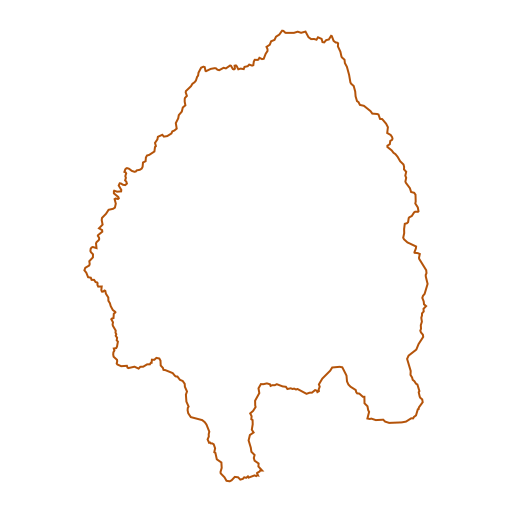 outline of Gonzanama, Loja, Ecuador
{"feature_id": "8360857B83721057206969", "entity_name": "Gonzanama", "entity_type": "district", "adm_level": 2, "iso_a3": "ECU", "parent_name": "Ecuador", "parent_adm1": "Loja", "projection": "robinson", "projection_center": [-79.462, -4.166], "detail": "fine", "context": "isolated", "style": "outline", "palette": "amber", "viewbox_px": 512, "rotation_deg": 0, "n_neighbors": 0, "source": "geoboundaries", "source_scale": "gbopen_adm2", "svg_char_len": 6003}
<svg xmlns="http://www.w3.org/2000/svg" viewBox="0 0 512 512"><path d="M262.1,470.5L258.4,466.5L258.6,463.5L254.6,460.7L253.8,458.0L254.6,455.0L251.4,451.8L250.8,447.7L248.6,440.4L249.9,435.0L253.6,432.5L251.8,429.7L252.7,424.3L252.6,420.1L251.3,419.2L251.6,416.2L250.2,413.4L253.1,410.9L255.6,407.0L255.2,405.4L255.1,400.7L259.3,393.1L258.5,388.3L260.9,384.1L263.3,384.2L266.9,383.4L270.0,384.3L270.6,385.9L272.2,385.2L274.8,385.2L276.8,384.2L282.6,386.4L285.9,386.8L287.4,389.0L290.7,388.3L292.6,389.0L294.1,388.6L296.0,389.5L297.5,389.0L306.5,393.8L309.6,392.7L311.9,392.7L315.1,390.1L316.8,390.7L317.4,392.1L318.9,391.2L318.7,389.4L319.7,386.7L318.9,384.4L322.3,378.6L330.2,370.7L332.2,367.5L339.7,366.8L342.3,367.3L345.8,374.2L346.5,375.7L347.0,381.4L348.4,384.5L350.5,386.7L355.7,390.0L356.3,392.3L357.2,393.4L359.3,393.6L362.9,396.8L364.4,396.8L364.5,403.3L367.5,406.3L368.2,410.2L369.1,411.9L367.4,418.5L369.8,419.0L371.3,418.6L375.8,420.1L383.2,419.7L385.1,421.6L389.2,422.9L401.7,422.4L406.0,421.6L411.2,418.3L413.1,418.4L413.9,417.0L416.0,415.4L417.8,409.3L418.6,409.1L418.9,407.4L422.7,402.2L422.2,399.4L420.2,397.7L419.7,396.6L418.7,392.2L419.4,391.1L417.4,384.5L416.0,383.7L414.4,381.2L412.7,379.8L412.1,377.5L410.5,374.9L410.7,371.0L407.1,358.9L408.6,355.6L416.3,349.6L418.6,344.0L423.2,336.9L422.9,334.7L421.0,332.5L420.3,330.7L421.0,328.8L420.8,325.2L421.9,321.7L421.3,317.8L422.0,315.4L422.0,313.4L423.7,311.5L423.5,308.8L426.1,306.1L424.0,304.3L423.7,301.4L422.3,297.9L423.0,295.8L424.6,293.9L427.6,283.9L425.8,276.6L425.7,275.0L426.5,273.1L426.2,270.2L419.2,258.9L419.0,257.8L419.8,254.0L417.7,253.1L414.6,252.8L414.4,252.3L415.9,248.4L416.1,246.5L407.4,242.4L404.0,239.3L403.2,237.7L404.2,233.1L404.1,229.0L404.8,223.8L407.0,223.2L408.1,222.1L408.7,218.1L409.3,217.3L411.8,216.0L414.1,212.4L415.2,211.7L418.0,211.8L418.5,211.3L417.8,207.4L415.3,203.5L415.7,201.5L415.5,194.7L414.2,192.8L411.1,192.0L409.9,188.2L405.8,182.7L405.4,181.5L406.2,177.8L405.3,175.7L406.2,171.8L404.0,169.4L404.1,166.9L403.5,164.5L400.2,161.3L397.6,156.8L395.4,154.1L393.5,152.8L391.7,150.4L387.4,147.0L387.4,145.7L389.8,144.2L390.3,140.9L392.1,139.8L392.5,138.7L392.1,137.1L390.7,135.0L387.2,133.0L387.9,127.2L386.1,123.7L382.2,119.1L380.0,118.9L378.5,114.5L377.2,114.0L372.3,113.6L370.5,111.1L363.9,105.8L359.9,104.9L358.5,102.1L357.0,101.1L355.6,96.4L355.2,91.5L353.7,86.0L351.1,83.7L350.4,82.4L349.1,74.9L346.9,66.8L344.9,63.1L344.5,59.7L341.8,57.3L341.4,56.3L340.4,51.7L337.9,46.4L338.1,43.3L336.8,42.5L335.7,42.5L333.6,40.9L331.8,36.1L331.1,35.8L328.8,39.5L326.2,40.1L324.2,42.4L322.5,42.1L321.6,38.9L318.0,37.3L316.5,39.7L314.1,39.0L311.1,39.1L308.5,37.2L305.5,31.6L301.1,32.8L297.7,31.7L293.8,32.9L286.9,32.9L285.4,32.8L283.4,30.9L282.1,30.7L279.3,34.6L276.0,36.7L274.5,39.9L271.1,41.3L269.8,44.7L266.5,46.9L267.5,49.1L267.5,51.0L265.7,53.7L263.7,58.8L262.0,59.1L259.4,57.8L258.4,59.6L257.7,59.9L254.7,59.8L253.8,61.6L253.3,65.2L252.1,65.6L249.2,64.6L247.7,66.2L244.5,66.9L243.7,69.1L240.6,68.6L238.3,69.3L236.8,66.3L235.9,65.4L234.6,65.7L234.9,68.7L233.9,69.4L232.8,69.0L231.0,65.8L230.1,65.5L225.9,68.4L223.6,67.8L219.2,70.2L217.4,69.7L215.9,68.3L214.5,68.2L210.7,68.9L206.0,71.2L205.5,70.9L204.7,67.1L203.4,66.7L201.1,67.7L198.5,72.7L198.1,75.6L197.1,76.9L195.9,80.6L194.5,82.3L192.4,83.8L191.0,86.2L185.9,91.1L185.7,92.5L186.9,95.9L185.0,97.9L184.7,98.9L184.7,101.8L185.4,105.3L182.8,107.5L181.8,111.6L178.8,115.1L178.2,118.4L175.8,123.1L176.7,128.6L174.4,130.5L172.3,131.4L171.4,133.5L167.2,136.1L163.9,136.6L162.3,134.8L157.9,136.8L157.4,139.4L155.0,142.9L155.9,146.1L155.0,147.0L154.4,151.5L149.2,154.9L147.0,155.5L145.9,157.5L145.6,161.2L143.0,162.5L142.6,166.8L141.7,168.6L139.8,169.8L136.7,170.4L135.8,171.5L134.5,171.8L131.8,170.9L129.1,168.8L127.4,168.2L126.5,168.2L125.3,169.3L124.4,171.9L125.6,172.4L126.2,173.4L125.3,176.1L125.9,177.9L125.1,180.4L126.3,181.6L126.9,183.6L125.2,185.1L123.0,184.8L121.0,183.5L119.7,183.3L118.7,185.5L121.3,189.9L121.1,191.4L117.1,191.7L114.2,190.7L113.9,191.2L113.9,193.4L118.3,197.0L118.8,198.3L118.0,199.0L115.6,198.5L114.6,199.1L115.8,203.7L114.9,207.6L113.1,208.8L108.6,209.8L106.0,213.8L102.0,217.9L101.7,220.1L102.6,224.6L99.0,228.3L102.1,230.1L102.3,231.7L98.0,235.2L97.8,235.8L99.0,237.6L99.2,239.0L98.7,240.2L96.6,242.1L96.0,243.4L96.5,248.1L92.8,247.0L91.6,247.5L90.7,248.7L90.4,251.0L91.0,252.3L93.0,254.3L92.9,257.4L89.3,261.2L89.7,264.0L89.2,265.5L85.3,267.8L84.4,270.3L86.3,272.7L88.1,277.2L90.8,277.7L91.6,279.9L94.1,279.9L95.6,282.1L97.2,282.5L97.6,283.2L97.4,284.8L98.2,286.6L101.7,286.5L101.3,290.0L101.9,291.6L102.9,291.7L104.5,290.5L105.3,290.9L105.9,293.7L108.3,297.5L108.4,300.8L109.9,303.2L110.7,306.1L112.8,310.0L115.3,311.9L115.4,312.4L113.8,313.7L113.5,318.1L111.8,318.6L111.3,319.2L113.0,322.3L112.6,324.5L112.9,325.8L115.7,330.6L115.5,332.7L116.3,334.2L115.7,335.8L117.1,337.7L116.7,340.3L117.9,341.6L117.0,346.6L116.2,348.1L113.8,348.5L114.4,350.5L113.4,352.3L113.2,354.5L113.6,356.7L117.0,359.8L117.2,361.1L116.7,363.6L117.4,364.5L121.2,366.2L126.9,365.8L127.5,367.6L128.3,368.1L134.5,366.7L138.6,368.6L140.3,366.8L143.2,366.7L147.2,364.3L149.9,364.3L150.8,362.8L151.6,362.8L151.9,359.7L154.3,359.8L156.4,357.9L159.3,358.5L160.5,360.7L160.7,365.5L162.9,367.9L163.5,369.9L165.3,370.1L172.7,373.1L174.9,375.8L176.0,376.5L177.4,376.5L179.9,379.8L182.7,381.0L184.7,383.8L184.9,386.8L187.0,391.5L185.9,394.6L186.4,401.6L188.6,406.6L187.8,407.9L187.6,410.2L188.2,413.2L190.8,417.1L202.2,420.1L204.8,422.2L206.5,424.6L209.3,431.7L208.7,434.2L208.8,436.6L207.6,439.4L209.1,442.8L210.0,442.5L210.8,443.4L212.2,443.4L213.7,444.3L215.1,448.3L214.3,452.2L215.4,452.9L216.8,459.3L221.4,462.5L221.7,467.9L220.5,472.0L220.7,473.4L224.5,477.3L226.5,480.8L229.7,481.3L231.6,480.3L234.8,476.9L238.1,477.3L240.3,479.6L242.8,478.9L244.2,477.3L246.2,477.8L247.9,476.4L248.6,477.6L254.6,475.4L256.2,476.1L257.3,475.2L258.0,475.4L257.0,473.1L257.2,472.8L259.5,471.6L260.2,470.5L262.1,470.5Z" fill="none" stroke="#b45309" stroke-width="2"/></svg>